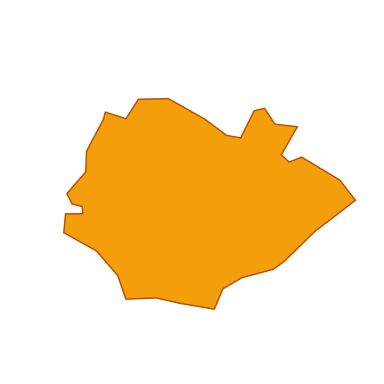 the district of Boz, Andijon, Uzbekistan, rotated 317°
{"feature_id": "79887680B29412867637503", "entity_name": "Boz", "entity_type": "district", "adm_level": 2, "iso_a3": "UZB", "parent_name": "Uzbekistan", "parent_adm1": "Andijon", "projection": "robinson", "projection_center": [71.9, 40.715], "detail": "fine", "context": "isolated", "style": "filled", "palette": "amber", "viewbox_px": 384, "rotation_deg": 317, "n_neighbors": 0, "source": "geoboundaries", "source_scale": "gbopen_adm2", "svg_char_len": 612}
<svg xmlns="http://www.w3.org/2000/svg" viewBox="0 0 384 384"><g transform="rotate(317 192 192)"><path d="M70.6,225.3L93.8,245.3L107.4,265.4L128.4,292.9L148.5,283.9L169.9,288.6L198.4,303.8L211.9,305.6L222.8,305.4L254.7,304.6L305.9,309.5L308.2,283.9L295.9,241.2L283.4,236.4L282.7,225.7L313.5,216.1L298.9,199.0L302.1,180.3L292.9,175.0L264.5,185.6L255.9,174.2L251.0,147.3L238.4,107.6L216.0,87.6L193.7,93.4L183.1,74.5L176.6,78.5L142.6,90.3L128.1,104.8L99.5,107.8L96.1,118.9L101.8,127.7L97.3,133.4L84.6,121.8L70.5,134.3L81.9,170.1L80.7,202.6L70.6,225.3Z" fill="#f59e0b" stroke="#b45309" stroke-width="1.5"/></g></svg>